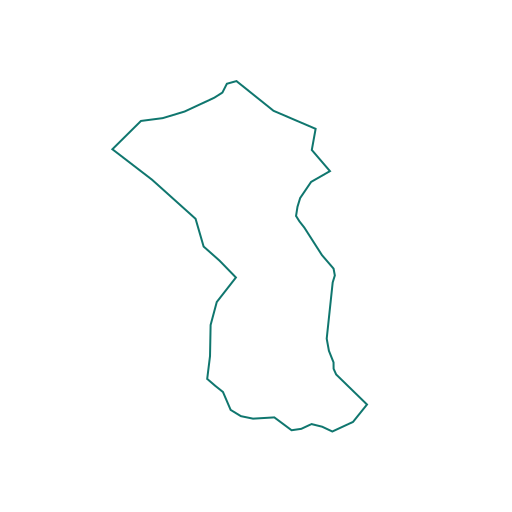 outline of Kaberamaido, rotated 128°
{"feature_id": "UGA-3066", "entity_name": "Kaberamaido", "entity_type": "District", "adm_level": 1, "iso_a3": "UGA", "parent_name": "Uganda", "parent_adm1": "", "projection": "orthographic", "projection_center": [33.211, 1.704], "detail": "fine", "context": "isolated", "style": "outline", "palette": "teal", "viewbox_px": 512, "rotation_deg": 128, "n_neighbors": 0, "source": "natural_earth", "source_scale": "10m", "svg_char_len": 762}
<svg xmlns="http://www.w3.org/2000/svg" viewBox="0 0 512 512"><g transform="rotate(128 256 256)"><path d="M138.2,385.0L130.2,379.1L130.8,331.6L119.1,287.3L138.1,277.3L143.6,250.0L163.7,258.2L183.1,256.9L191.7,253.6L199.8,249.1L202.0,243.0L203.9,235.3L214.7,204.6L218.2,187.1L222.8,181.9L229.6,179.3L277.6,149.4L285.8,140.2L292.1,129.4L297.1,125.4L300.0,119.9L304.7,77.1L327.0,77.4L347.3,87.8L349.8,98.8L354.3,108.8L364.3,113.9L371.4,120.7L371.9,142.2L386.0,158.2L391.5,169.3L392.9,181.2L383.5,198.3L383.4,208.3L382.9,218.8L363.2,230.6L338.3,249.3L316.4,258.6L285.3,258.6L282.1,282.0L280.8,303.1L263.9,326.5L259.9,384.8L260.3,434.9L220.4,429.8L204.8,414.4L186.1,401.2L156.9,386.3L147.9,383.1L138.2,385.0Z" fill="none" stroke="#0f766e" stroke-width="2"/></g></svg>